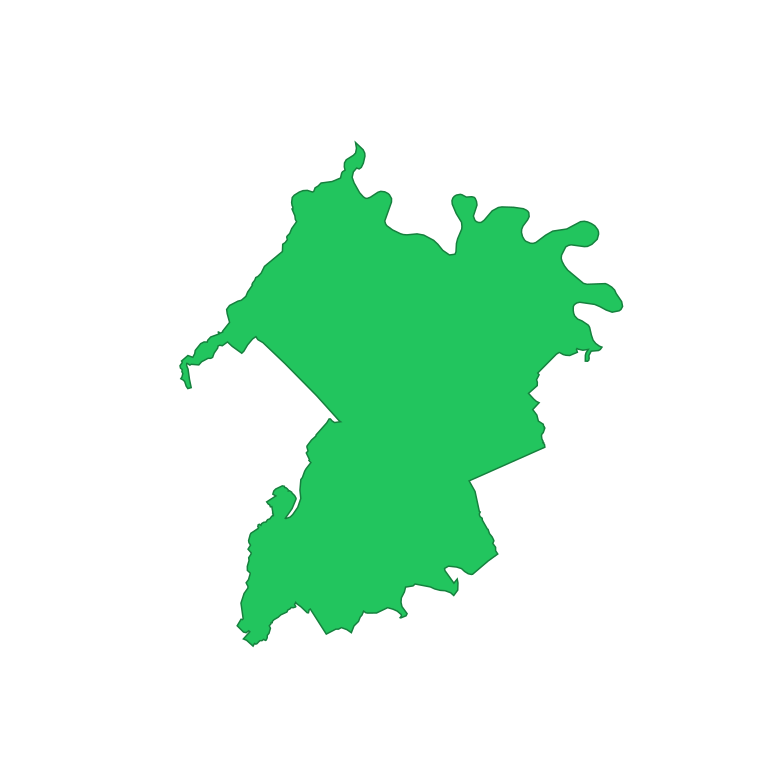 the district of Icusesti, Neamt, Romania, rotated 144°
{"feature_id": "2599482B97507764985483", "entity_name": "Icusesti", "entity_type": "district", "adm_level": 2, "iso_a3": "ROU", "parent_name": "Romania", "parent_adm1": "Neamt", "projection": "albers", "projection_center": [26.969, 46.799], "detail": "fine", "context": "isolated", "style": "filled", "palette": "green", "viewbox_px": 768, "rotation_deg": 144, "n_neighbors": 0, "source": "geoboundaries", "source_scale": "gbopen_adm2", "svg_char_len": 6171}
<svg xmlns="http://www.w3.org/2000/svg" viewBox="0 0 768 768"><g transform="rotate(144 384 384)"><path d="M265.1,596.1L267.7,590.9L271.2,587.6L274.3,587.0L282.7,587.6L286.0,586.1L288.5,583.0L289.8,579.9L292.8,580.1L294.3,579.5L298.1,576.2L307.0,578.3L316.8,583.6L320.9,582.9L324.5,583.2L327.2,581.3L328.9,581.2L332.2,585.7L335.8,588.0L339.8,589.1L345.6,589.5L348.6,588.8L352.0,585.2L353.4,582.5L353.7,580.8L355.1,578.9L355.6,579.4L357.2,572.5L359.0,569.3L359.3,566.7L367.3,564.0L371.8,561.2L375.3,560.6L376.3,560.1L377.4,557.6L380.8,556.5L383.8,556.6L388.3,550.9L411.6,549.4L418.2,545.9L422.7,545.1L425.2,545.5L427.6,543.9L430.8,543.0L432.3,542.1L432.4,541.3L440.1,538.6L444.2,536.1L450.2,535.6L453.5,536.9L462.8,538.3L467.5,536.8L469.5,533.1L472.7,524.6L483.4,521.6L483.8,520.9L486.7,521.4L487.2,523.3L487.6,523.4L488.2,521.5L496.6,523.9L500.9,523.0L502.3,521.8L504.9,523.8L508.6,524.4L517.0,522.1L519.3,519.8L523.0,518.0L525.9,522.3L534.3,521.6L534.3,520.5L534.8,519.9L538.3,518.7L539.3,516.5L538.8,514.3L540.3,512.7L540.6,510.7L543.4,508.4L545.3,507.7L544.2,505.5L543.8,503.2L545.3,498.5L545.4,495.6L542.1,494.4L538.7,502.0L533.8,511.2L532.8,515.0L531.5,516.6L531.0,516.2L530.0,513.4L528.3,513.2L522.6,508.3L518.5,509.2L511.2,508.2L509.1,506.6L507.0,506.3L503.3,508.8L497.5,510.8L495.9,512.3L494.1,511.9L492.3,510.0L485.9,510.0L484.7,503.7L481.0,492.5L478.1,492.9L471.4,495.8L463.8,497.7L459.8,497.6L460.0,494.1L457.6,488.6L452.1,458.6L445.4,414.2L441.9,380.9L441.3,379.0L446.7,381.9L447.7,384.6L447.9,387.2L448.9,388.0L453.2,386.2L468.7,382.8L469.8,381.9L475.6,381.3L482.7,379.1L483.4,378.4L484.8,374.5L487.4,373.9L488.7,366.8L489.7,366.3L489.3,363.4L496.7,361.3L499.4,360.1L505.0,356.3L507.4,355.6L514.4,347.5L518.6,340.3L526.3,334.9L534.6,332.0L538.1,331.5L542.5,332.8L542.8,333.4L531.6,337.2L522.8,342.6L522.3,343.3L521.9,346.3L522.5,349.8L522.3,350.8L523.2,353.2L524.2,353.7L523.7,354.1L523.9,356.3L524.3,357.7L525.2,358.7L524.7,359.8L526.2,361.4L533.4,362.7L536.1,362.2L538.7,360.2L537.3,357.0L548.2,357.6L548.2,354.8L547.5,353.6L548.1,351.4L546.8,350.8L549.4,345.5L550.0,345.1L550.0,343.7L551.0,343.3L551.0,342.6L552.5,343.0L555.6,342.0L557.9,342.7L560.7,341.7L562.6,342.8L565.1,343.0L566.7,342.0L567.2,343.7L568.4,344.1L570.0,342.7L569.8,341.6L570.8,341.1L579.4,341.5L580.9,340.7L585.6,336.9L586.5,335.0L586.7,332.1L591.1,330.3L590.7,325.5L591.7,324.5L595.6,323.0L596.9,320.6L601.8,316.8L604.1,313.5L603.4,310.0L603.7,309.2L608.6,305.4L612.4,304.2L613.0,300.2L614.1,298.9L620.3,296.8L628.5,290.8L635.9,276.9L637.0,276.6L637.9,277.7L644.9,274.7L643.5,265.9L641.7,263.8L638.5,263.9L638.2,262.4L647.6,260.4L645.8,257.4L644.0,248.9L641.3,250.2L640.7,249.0L639.5,248.6L635.3,249.3L633.6,248.1L631.4,248.1L630.7,246.3L629.8,246.1L627.7,247.3L626.1,249.3L623.6,249.9L619.4,253.2L619.0,255.8L616.5,256.4L615.8,257.1L614.7,256.6L614.0,257.5L611.7,258.0L606.7,257.5L603.2,257.9L596.6,256.6L594.6,257.7L591.9,257.3L590.5,257.8L589.0,256.4L586.6,255.6L586.2,255.8L585.9,258.2L583.8,259.2L583.9,258.1L582.1,252.4L580.6,244.1L579.6,243.3L577.3,245.3L575.9,245.3L577.7,215.6L567.1,214.0L564.8,212.4L561.7,212.0L558.4,207.1L556.6,202.0L550.5,205.9L544.2,206.9L540.3,209.4L537.7,210.0L534.0,212.2L533.2,209.7L532.0,208.4L524.6,203.1L512.5,200.9L509.0,196.4L506.8,192.5L505.6,187.4L506.4,186.0L508.3,185.5L507.9,184.9L502.4,183.5L500.3,184.6L500.3,193.4L498.5,197.5L495.6,200.8L489.7,203.8L485.9,207.0L479.2,203.6L476.4,203.9L465.7,192.5L463.5,188.5L459.8,184.0L456.1,180.9L452.8,176.0L451.9,171.9L445.5,173.9L441.1,179.6L439.4,183.2L444.5,181.8L444.4,197.2L443.4,199.2L438.9,198.7L432.9,193.3L429.8,189.1L429.0,185.0L427.4,181.0L425.3,178.6L424.1,178.0L403.8,179.6L391.9,179.6L391.7,183.5L389.7,186.3L389.7,191.1L387.3,192.5L386.9,193.9L386.4,196.7L386.6,200.9L385.3,205.2L385.6,206.1L384.5,215.9L383.5,217.7L384.2,220.1L383.9,221.6L383.2,222.9L381.4,223.9L381.8,224.8L373.5,243.6L372.1,255.6L291.0,238.3L289.7,240.8L289.8,242.4L289.4,242.7L289.9,243.2L289.0,244.1L288.6,246.7L287.0,249.6L285.8,250.6L283.7,251.1L279.8,253.8L280.2,254.3L279.5,255.1L279.5,256.4L278.8,257.8L280.9,263.3L278.6,269.0L278.7,275.9L269.5,277.7L270.9,280.3L271.7,283.7L272.6,291.5L261.0,292.6L258.9,295.3L258.1,297.8L253.1,300.3L253.2,302.5L227.0,306.8L224.1,306.6L223.4,306.2L221.7,302.5L219.9,300.3L217.0,297.9L208.9,296.0L207.9,299.0L207.0,299.3L206.4,298.0L203.2,294.4L198.4,291.9L202.2,290.5L204.2,288.9L207.7,284.2L206.0,282.8L204.5,282.8L203.0,284.1L201.5,286.6L197.1,288.8L190.8,285.0L188.7,284.8L186.0,285.7L187.5,288.0L188.9,292.3L189.1,296.5L187.5,301.6L184.4,308.9L184.1,311.4L186.7,318.6L189.2,322.8L189.7,327.0L189.0,329.7L187.6,332.4L185.3,335.4L183.4,336.3L180.5,336.3L177.6,335.1L166.8,324.6L163.9,319.8L160.8,313.3L157.2,308.0L150.7,305.0L148.5,305.0L145.4,306.5L143.3,311.0L143.0,320.8L142.2,324.4L142.8,328.5L144.6,333.0L145.9,335.1L161.1,345.3L163.5,348.2L168.5,368.2L168.6,373.6L167.9,378.5L166.7,381.6L164.6,383.9L156.4,388.1L153.2,387.7L150.8,386.6L141.2,377.4L138.5,375.7L133.7,374.8L126.4,375.8L122.3,379.1L121.1,381.0L120.4,383.1L120.5,388.1L121.9,391.8L124.0,395.4L126.3,397.9L129.6,399.8L145.1,402.0L157.6,408.5L165.7,409.4L178.0,409.2L180.7,410.1L182.8,411.8L185.4,416.2L185.7,418.0L185.3,421.8L183.7,425.8L181.7,428.2L178.7,430.1L171.3,432.4L168.2,434.1L166.2,437.4L166.1,439.1L166.6,440.9L168.2,443.9L175.2,450.7L184.6,458.0L187.8,459.6L194.7,460.5L206.8,457.6L210.4,457.6L212.5,459.0L213.8,461.0L214.2,463.0L213.0,467.3L203.6,474.1L201.9,477.2L201.1,480.6L201.4,482.1L202.9,483.9L207.5,486.8L209.7,491.3L210.8,492.6L214.4,494.3L216.8,494.5L219.1,493.9L221.3,492.3L223.1,489.3L225.4,479.4L226.2,469.3L228.3,465.7L230.0,463.7L239.1,458.2L242.8,455.1L248.0,448.7L250.3,447.3L255.2,449.9L257.9,457.6L258.3,465.4L259.4,471.1L264.3,481.1L269.0,486.0L277.8,491.2L280.6,493.6L282.4,496.0L286.5,503.6L288.7,510.4L288.6,512.6L287.6,515.4L271.0,526.8L268.9,529.6L268.4,533.9L268.8,535.8L270.4,539.0L273.4,541.8L276.2,542.7L285.1,543.1L288.2,543.9L289.7,545.0L290.7,547.5L291.3,553.0L290.0,564.3L288.3,569.9L284.1,573.6L279.2,574.8L277.7,572.6L275.0,572.6L270.9,574.8L265.5,579.5L263.9,582.1L263.2,585.8L265.1,596.1Z" fill="#22c55e" stroke="#15803d" stroke-width="1.5"/></g></svg>